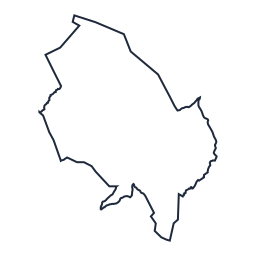 San Pedro Sochiápam, Oaxaca, Mexico
{"feature_id": "50627088B80283041271538", "entity_name": "San Pedro Sochiápam", "entity_type": "district", "adm_level": 2, "iso_a3": "MEX", "parent_name": "Mexico", "parent_adm1": "Oaxaca", "projection": "natural_earth1", "projection_center": [-96.643, 17.816], "detail": "fine", "context": "isolated", "style": "outline", "palette": "slate", "viewbox_px": 256, "rotation_deg": 0, "n_neighbors": 0, "source": "geoboundaries", "source_scale": "gbopen_adm2", "svg_char_len": 4785}
<svg xmlns="http://www.w3.org/2000/svg" viewBox="0 0 256 256"><path d="M50.5,95.2L50.6,95.4L50.7,95.6L50.7,95.8L50.6,96.0L49.4,97.5L49.3,97.9L49.3,98.0L49.2,98.3L49.2,98.5L49.4,99.0L49.4,99.3L49.4,99.7L49.4,99.9L49.4,100.1L49.3,100.3L49.1,100.4L48.9,100.5L48.7,100.8L48.6,101.0L48.4,101.2L48.3,101.3L48.2,101.4L48.2,101.6L48.2,101.8L48.1,102.2L48.0,102.4L47.9,102.7L47.9,102.8L47.7,102.9L47.3,102.8L47.2,102.8L46.9,102.9L46.8,103.0L46.7,103.3L46.6,103.7L46.5,103.8L46.2,104.1L45.9,104.3L45.5,104.6L45.3,104.7L45.1,104.9L44.8,105.2L44.7,105.3L44.6,105.5L44.5,105.8L44.4,105.9L44.4,106.0L44.3,106.4L44.3,106.6L44.2,107.0L44.1,107.3L44.1,107.5L44.2,108.2L44.5,108.9L44.5,109.0L44.4,109.2L44.3,109.4L44.0,109.6L43.6,109.9L43.4,110.0L43.2,110.1L42.9,110.1L42.6,110.3L42.4,110.4L42.2,110.7L42.0,111.0L41.8,111.2L41.6,111.4L41.3,111.6L41.0,111.8L40.8,111.9L40.6,112.0L40.4,112.1L40.2,112.2L39.8,112.2L39.5,112.1L39.4,112.0L39.4,112.3L43.1,115.5L49.3,132.3L53.6,140.2L60.7,160.3L60.8,160.8L61.3,160.5L63.3,159.9L64.1,159.6L64.9,158.8L65.6,158.5L67.0,157.5L68.4,158.1L77.0,162.2L83.9,162.2L89.8,165.2L91.6,166.1L95.4,171.3L95.5,171.5L97.5,173.6L101.1,177.5L109.3,186.3L116.6,186.3L116.2,186.6L116.0,187.7L115.9,188.3L115.3,189.8L114.1,191.5L113.8,192.0L113.5,192.7L113.2,193.2L112.8,193.9L112.3,194.6L110.9,195.3L108.8,197.2L107.9,198.0L106.5,199.4L106.2,199.9L105.3,200.7L104.7,201.1L103.7,201.5L102.9,201.6L102.5,202.0L102.1,202.8L102.1,203.3L102.0,204.2L101.8,204.8L101.6,205.3L101.4,205.8L101.0,206.2L100.8,207.0L100.7,207.7L100.7,208.4L100.8,209.3L101.3,209.4L101.8,209.1L102.1,208.8L102.3,208.4L102.9,208.2L103.2,207.8L103.9,207.3L104.5,207.3L104.9,207.0L105.4,206.3L106.1,205.9L106.5,205.5L107.0,205.3L107.7,205.2L108.4,205.0L109.0,204.6L109.8,204.3L111.0,204.2L111.6,204.0L112.4,203.9L112.8,203.8L113.4,204.0L115.0,203.6L115.7,203.6L116.6,203.3L117.3,202.9L117.8,202.5L118.3,202.1L118.8,201.6L119.3,201.2L119.7,200.4L120.2,199.3L120.3,198.7L120.8,198.2L121.3,198.0L122.0,197.8L122.7,197.6L124.0,196.6L124.5,196.6L125.5,196.2L126.1,196.2L126.6,196.1L127.3,196.1L127.7,196.3L128.4,196.5L129.1,196.7L129.7,197.0L130.1,197.3L130.6,196.8L131.1,196.4L131.5,195.9L131.8,195.4L132.1,193.4L132.2,191.7L132.4,190.9L132.6,189.7L132.5,188.8L132.3,188.0L132.2,187.2L132.3,186.4L132.3,185.6L132.6,184.9L133.0,184.5L133.4,184.0L133.9,184.4L134.2,185.2L134.3,185.7L134.5,186.3L134.7,186.8L135.1,187.2L135.5,187.4L136.0,187.5L136.4,187.7L136.8,188.6L137.7,189.4L138.1,189.8L138.7,190.1L139.6,190.3L139.9,190.7L140.2,191.1L140.5,191.7L140.8,192.3L141.2,192.7L141.9,193.1L142.6,193.2L143.1,193.4L143.6,193.8L144.2,194.4L144.8,195.3L145.4,196.1L154.0,212.9L150.9,216.4L155.8,223.4L154.7,230.9L161.3,237.3L166.6,239.7L169.8,240.6L173.7,223.3L177.9,219.6L178.8,194.1L182.7,196.4L182.9,195.8L183.8,195.4L183.7,194.3L184.3,194.1L184.4,193.2L185.5,193.0L185.9,190.5L187.1,189.8L189.1,188.9L189.1,188.6L190.7,188.5L190.7,187.3L191.3,187.1L192.8,188.4L194.3,186.6L195.5,184.4L196.6,181.7L198.1,180.0L199.1,180.6L203.7,177.5L203.5,177.2L203.7,176.7L204.0,176.8L204.0,174.9L207.7,172.4L207.6,171.8L208.1,169.1L209.1,166.7L210.2,165.5L210.3,165.3L209.8,162.9L210.3,161.7L211.1,161.0L212.1,160.9L212.9,160.4L214.9,160.6L215.3,159.7L216.5,157.0L216.6,156.3L214.6,154.3L213.8,153.0L214.0,152.0L214.8,150.0L215.3,149.3L215.8,148.1L215.6,147.3L215.3,146.6L215.0,145.8L215.0,144.8L215.7,143.7L216.0,142.8L216.2,142.3L216.3,141.3L216.1,140.8L216.0,140.4L215.7,139.7L215.1,138.6L214.6,137.7L213.8,136.1L213.0,133.5L212.3,131.7L210.5,128.5L208.2,124.6L207.9,123.7L207.8,122.8L207.7,122.2L207.8,121.5L208.2,120.2L207.7,119.3L206.6,118.7L205.6,118.4L204.7,117.9L204.1,117.3L203.8,117.0L202.8,114.8L202.4,113.4L201.9,112.1L201.5,111.1L201.0,110.1L200.4,109.2L200.0,108.4L199.4,107.6L198.8,106.6L198.4,105.2L198.4,103.7L198.4,102.9L198.4,102.0L198.5,101.1L198.5,100.6L198.8,99.9L199.5,99.2L199.8,98.6L199.8,98.1L199.9,97.5L199.2,97.9L198.2,98.3L197.2,99.2L196.7,100.1L196.3,100.6L195.5,101.4L195.1,101.9L194.8,102.4L194.3,102.9L193.6,103.5L192.4,104.3L191.8,104.8L191.6,105.2L190.9,105.7L190.5,106.1L189.9,106.4L189.3,106.9L188.7,107.2L188.1,107.1L187.4,106.8L186.8,106.9L186.2,107.0L185.7,107.0L185.2,107.2L184.7,107.4L184.2,107.7L183.6,108.0L183.0,108.0L182.4,108.2L181.8,108.4L181.1,108.9L180.7,109.3L180.2,109.7L179.7,110.1L179.2,110.2L178.2,110.4L177.5,110.5L177.4,110.4L174.6,106.1L169.2,95.5L164.3,86.3L158.1,74.5L130.7,51.5L123.9,34.2L115.2,30.5L95.5,22.2L74.3,15.4L72.7,21.9L79.3,25.6L60.2,47.6L45.5,54.8L53.4,70.8L55.1,74.2L56.5,77.0L57.8,79.5L60.6,85.2L61.0,85.8L60.9,86.3L60.6,87.3L60.4,87.6L60.2,88.0L59.8,88.6L59.3,89.0L58.6,89.1L57.9,88.9L57.4,89.7L56.1,90.1L55.8,91.1L55.8,91.3L55.7,92.1L54.5,92.1L54.1,92.6L53.8,93.0L53.5,93.4L53.1,93.8L52.5,94.2L50.5,95.2Z" fill="none" stroke="#1e293b" stroke-width="2"/></svg>